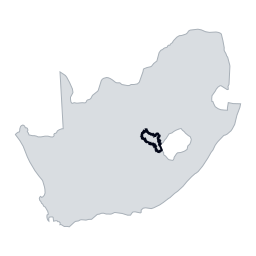 Mangaung, Free State, South Africa (highlighted)
{"feature_id": "47623444B22599792684232", "entity_name": "Mangaung", "entity_type": "district", "adm_level": 2, "iso_a3": "ZAF", "parent_name": "South Africa", "parent_adm1": "Free State", "projection": "albers", "projection_center": [26.542, -29.381], "detail": "fine", "context": "in_parent", "style": "outline", "palette": "ink", "viewbox_px": 256, "rotation_deg": 0, "n_neighbors": 0, "source": "geoboundaries", "source_scale": "gbopen_adm2", "svg_char_len": 7244}
<svg xmlns="http://www.w3.org/2000/svg" viewBox="0 0 256 256"><path d="M190.2,30.1L197.9,29.2L201.4,29.9L205.5,31.7L209.4,32.4L216.0,32.0L218.3,32.4L220.0,33.0L221.3,34.0L222.9,40.6L224.2,47.6L224.1,49.9L224.3,50.8L226.0,53.8L226.6,55.7L227.7,57.3L229.7,64.9L229.9,66.2L229.0,84.3L228.0,86.4L228.3,89.3L227.2,89.6L221.0,85.7L219.9,85.8L218.0,87.1L216.3,89.1L215.4,90.9L212.0,95.7L211.7,98.8L211.9,101.5L212.9,101.6L213.6,103.5L215.2,106.7L218.1,108.7L220.7,109.7L224.5,110.1L227.5,110.2L227.4,108.1L228.3,102.6L233.3,103.6L240.6,103.8L239.9,107.3L236.9,115.3L234.7,124.4L232.3,128.9L231.0,130.8L227.3,134.0L225.4,135.0L223.8,135.4L217.6,141.9L215.2,145.2L213.0,149.9L211.0,152.5L207.9,158.0L202.6,166.1L198.2,171.5L196.3,173.0L195.0,173.7L191.6,176.7L186.8,181.7L183.1,186.2L177.7,191.2L174.6,193.4L169.9,197.7L168.6,198.4L163.4,202.4L159.7,204.9L153.7,207.8L151.3,208.6L145.6,207.8L143.2,208.2L141.2,210.0L141.1,212.5L140.3,212.9L135.0,211.8L132.9,212.0L131.6,213.4L130.6,215.1L127.7,215.2L122.3,213.5L116.0,212.6L114.6,212.5L111.6,213.9L110.5,214.1L106.1,214.0L103.6,213.2L101.3,213.3L99.5,214.1L97.3,214.4L91.6,219.3L88.6,219.4L86.0,220.1L81.4,219.7L80.0,220.0L78.6,220.9L75.5,221.4L74.3,222.2L69.3,226.8L67.1,226.4L64.3,226.5L61.0,224.5L59.9,224.7L60.1,224.0L60.2,222.8L59.0,221.6L57.8,221.7L57.0,220.7L55.2,220.8L53.6,221.2L53.1,217.3L52.3,216.9L50.4,217.0L49.5,217.1L49.1,217.5L48.7,218.5L48.9,221.2L48.1,220.5L47.3,218.9L46.9,217.1L47.0,215.0L48.4,214.2L47.8,211.5L45.3,207.1L43.8,206.3L42.6,204.0L41.5,203.2L40.9,201.6L39.8,200.4L39.3,198.3L39.8,197.1L40.6,196.4L41.6,197.4L42.8,196.9L44.3,195.3L45.1,192.9L44.9,189.3L44.5,187.0L42.8,181.2L42.1,179.9L38.8,175.9L34.9,170.6L29.8,162.0L27.3,156.8L23.2,146.3L19.8,140.5L15.8,135.1L15.4,134.7L15.8,134.0L17.6,132.5L18.4,132.1L18.9,132.2L19.3,131.8L19.7,130.9L19.8,128.9L20.5,126.7L21.3,125.7L22.9,125.0L24.2,125.7L24.8,126.4L25.1,127.4L25.7,127.9L26.6,127.8L27.3,128.3L27.8,129.6L27.8,130.6L27.3,131.2L27.4,131.9L28.2,132.8L29.0,134.9L32.5,135.7L34.5,135.7L36.3,136.1L38.1,136.9L41.0,136.9L44.9,136.2L48.1,136.2L50.7,136.9L52.6,137.0L53.7,136.3L54.1,135.5L53.9,134.4L54.4,133.6L55.7,133.3L56.7,132.4L57.3,131.0L59.1,129.8L61.8,128.8L63.2,128.7L60.0,71.9L65.4,75.5L66.7,77.2L69.5,82.4L72.4,88.9L72.9,92.0L72.9,92.7L70.5,97.2L70.5,99.3L70.9,101.8L71.6,103.0L72.3,103.4L74.1,102.7L76.9,103.2L82.2,102.7L84.9,102.9L85.6,102.6L86.1,102.1L86.8,100.6L87.4,100.0L89.8,99.3L90.9,98.4L92.5,95.3L97.7,91.2L98.3,90.2L101.3,80.6L102.3,79.2L103.7,78.3L106.7,77.5L108.4,77.8L110.3,78.6L112.4,79.9L115.6,82.4L116.7,82.8L119.8,82.8L121.8,84.5L127.6,85.6L129.3,85.5L131.1,84.5L134.1,84.5L137.4,83.9L139.3,82.2L143.0,71.7L143.4,69.5L143.8,68.8L146.9,67.6L150.7,66.7L151.5,66.3L153.8,63.4L156.9,61.0L159.1,52.7L160.5,50.7L161.4,49.9L161.9,49.9L162.7,49.4L163.8,48.4L165.0,47.8L166.4,47.5L167.4,46.9L167.8,45.8L168.5,45.2L169.6,45.3L170.2,44.9L170.3,44.2L172.7,42.4L172.8,41.7L174.1,40.0L176.8,37.2L179.3,35.7L181.6,35.5L185.9,34.1L187.5,32.8L188.5,31.1L190.2,30.1ZM180.8,152.5L184.4,151.2L187.1,149.4L187.8,146.0L189.9,144.0L190.7,142.1L191.3,139.4L190.2,136.6L188.5,135.7L185.5,133.2L184.2,131.6L182.4,130.2L181.1,128.5L179.0,129.0L175.8,130.3L173.7,131.5L172.0,132.9L169.0,133.9L166.1,138.5L165.1,139.5L162.9,142.8L159.7,144.5L159.6,145.1L160.7,147.8L162.1,150.5L163.7,152.8L163.6,154.1L164.1,155.2L165.5,156.0L167.8,158.8L168.9,159.7L172.5,160.4L173.0,160.2L174.0,158.6L174.1,157.4L176.5,153.8L177.6,152.8L180.8,152.5Z" fill="#d9dde1" stroke="#a8b0b8" stroke-width="1"/><path d="M141.9,133.3L141.8,134.2L142.0,134.4L141.6,134.9L142.1,135.2L141.7,136.0L141.9,136.0L141.8,136.4L141.8,136.5L142.2,136.6L142.1,136.9L141.8,137.0L142.3,137.4L141.9,137.5L141.9,137.8L141.9,138.3L142.1,138.3L142.5,138.3L142.6,138.8L142.8,138.8L143.3,138.4L143.5,138.8L143.6,138.7L144.1,138.7L144.2,139.2L144.2,139.4L144.3,139.5L144.6,139.4L144.9,139.3L145.1,139.2L145.3,139.0L145.5,139.6L145.7,140.0L145.4,140.3L144.9,140.4L145.0,140.8L145.1,141.0L145.9,141.2L145.9,141.7L146.0,141.7L146.5,142.2L146.9,142.1L147.2,142.1L147.3,141.8L147.6,142.0L148.4,142.2L148.8,142.4L148.7,142.5L148.9,142.6L149.1,142.9L149.3,142.9L149.1,143.1L149.3,144.0L150.0,144.2L150.3,144.3L150.7,144.3L150.8,143.8L151.1,143.6L151.6,143.8L151.8,143.8L151.8,143.7L151.8,143.8L152.0,143.8L152.1,144.0L152.2,143.9L152.3,143.6L152.5,143.6L152.9,143.6L152.8,144.1L152.9,144.5L152.7,144.5L152.9,144.7L152.8,144.8L153.0,144.9L153.9,144.6L154.3,144.4L154.3,144.5L154.0,144.9L153.8,145.6L154.0,145.6L154.0,145.8L154.3,145.9L154.3,146.0L154.6,145.7L154.9,145.5L155.0,145.4L155.1,145.8L155.3,145.7L155.5,145.6L155.6,145.9L156.0,146.2L155.9,146.3L155.6,147.3L155.3,147.8L155.7,148.5L156.0,148.4L156.2,148.5L156.3,148.8L156.2,149.0L156.4,149.2L156.4,149.4L156.3,149.6L156.3,149.8L156.2,149.9L156.2,150.0L156.5,149.7L156.8,150.0L157.0,150.1L156.9,150.3L157.0,150.4L157.0,150.6L156.8,150.6L156.7,150.6L156.4,150.6L156.9,151.1L158.2,152.0L158.4,151.9L158.8,152.0L158.9,151.4L159.2,151.5L159.8,151.6L160.1,151.1L160.5,150.9L160.1,150.7L160.7,150.4L160.9,150.7L161.1,150.4L161.5,150.3L161.8,150.0L160.2,146.1L160.1,145.9L159.8,145.7L159.4,145.3L159.3,145.2L159.2,145.1L159.1,144.9L159.3,144.7L159.2,144.4L159.3,144.3L159.5,144.5L159.8,144.4L159.8,144.2L160.0,144.2L160.0,144.3L160.1,144.2L160.4,144.1L160.3,143.9L160.5,143.8L160.5,143.7L160.6,143.4L160.4,143.3L160.0,143.4L159.9,143.2L159.7,142.9L159.1,142.9L158.9,142.8L158.6,142.3L159.0,141.8L158.8,141.8L158.6,141.6L158.4,141.4L159.1,140.9L159.4,141.2L159.8,141.6L159.9,141.4L160.0,141.2L160.2,140.8L160.1,140.7L159.9,140.4L159.7,140.1L159.3,140.3L159.2,140.7L158.6,140.6L158.3,140.6L158.4,140.3L158.4,140.1L158.0,139.7L158.2,139.2L158.3,139.2L158.4,138.7L158.1,138.8L158.0,138.7L158.1,138.4L157.8,138.2L157.9,137.9L157.8,137.6L158.0,137.4L158.5,137.2L158.4,137.0L158.6,136.9L159.1,136.7L159.0,136.4L159.2,136.0L159.5,136.1L159.7,135.9L159.6,135.6L159.4,135.6L159.2,135.4L158.9,135.1L158.4,135.1L158.3,134.8L158.2,134.2L158.2,133.8L157.8,133.5L157.5,133.7L156.5,133.6L155.6,134.8L155.9,135.0L156.0,135.0L155.6,135.3L155.6,135.6L155.4,135.7L155.3,135.9L155.3,136.0L155.2,136.0L155.1,135.9L154.8,135.8L154.4,136.1L154.4,135.9L154.1,135.8L154.0,135.7L153.8,134.8L153.6,134.9L153.4,134.6L153.2,134.5L153.1,134.2L152.8,134.4L152.8,134.5L152.5,134.8L152.4,134.5L152.4,134.4L152.2,134.4L151.8,133.9L151.3,134.2L151.2,134.6L150.9,134.6L150.8,134.4L150.6,134.4L150.4,134.2L150.2,134.1L150.3,133.8L150.3,133.5L149.9,133.2L149.5,133.8L149.4,133.8L149.2,133.8L148.9,133.6L149.0,133.4L148.9,133.3L148.9,133.2L148.7,133.1L148.6,132.9L148.4,132.9L148.2,132.7L148.0,132.4L147.9,132.4L147.9,132.5L147.8,132.4L147.7,132.5L147.6,132.4L147.5,132.2L147.4,132.0L147.4,131.9L147.2,131.9L147.1,131.7L146.9,131.8L146.8,131.7L146.7,131.7L146.7,131.8L146.6,131.6L146.5,131.4L146.7,131.2L147.4,131.0L146.9,130.3L146.7,129.6L146.4,129.6L146.4,129.3L145.9,129.3L146.0,129.6L145.9,129.6L145.5,130.3L145.8,130.7L145.9,130.9L145.9,131.0L145.7,131.2L145.7,131.3L145.6,131.7L145.1,131.7L144.4,132.1L144.3,131.8L144.6,131.1L144.4,131.2L144.2,131.1L144.1,131.3L143.7,131.0L143.6,131.4L143.4,131.9L143.4,132.7L142.8,132.5L142.7,133.1L142.4,133.1L142.2,133.1L142.2,133.3L142.1,133.2L142.0,133.3L141.9,133.3Z" fill="none" stroke="#020617" stroke-width="2"/></svg>